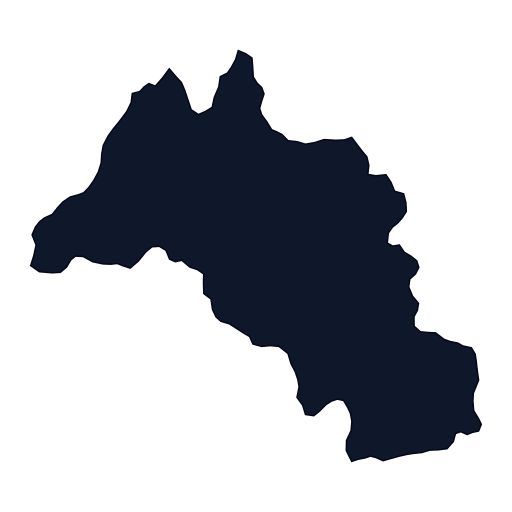 Serra Azul de Minas, Minas Gerais, Brazil (Natural Earth projection)
{"feature_id": "56859067B40983562978217", "entity_name": "Serra Azul de Minas", "entity_type": "district", "adm_level": 2, "iso_a3": "BRA", "parent_name": "Brazil", "parent_adm1": "Minas Gerais", "projection": "natural_earth1", "projection_center": [-43.207, -18.391], "detail": "fine", "context": "isolated", "style": "filled", "palette": "ink", "viewbox_px": 512, "rotation_deg": 0, "n_neighbors": 0, "source": "geoboundaries", "source_scale": "gbopen_adm2", "svg_char_len": 2447}
<svg xmlns="http://www.w3.org/2000/svg" viewBox="0 0 512 512"><path d="M457.8,343.1L450.0,341.5L444.0,339.3L435.6,332.9L427.9,332.5L420.4,331.8L414.1,326.2L414.0,316.6L417.4,310.3L418.5,303.3L412.5,296.1L408.7,287.0L409.8,279.1L415.5,273.9L418.8,267.4L416.7,260.8L411.4,256.5L404.2,252.2L399.4,245.0L392.7,246.1L387.3,243.0L388.3,233.0L392.5,227.1L397.9,222.8L402.4,217.6L406.3,211.5L405.9,202.7L403.6,193.8L394.6,191.2L391.0,182.4L385.9,174.7L376.0,175.8L367.8,174.4L368.8,165.4L366.9,156.9L361.9,150.9L356.8,144.2L351.7,137.4L344.4,139.9L335.7,140.3L324.0,139.6L315.1,142.5L305.4,144.2L297.1,141.7L288.0,140.7L282.1,134.6L276.9,131.9L271.6,129.7L266.8,121.8L261.7,114.8L259.6,108.4L261.3,102.1L264.0,93.9L261.7,87.5L257.2,83.3L253.3,77.0L252.7,67.3L252.0,58.1L246.0,53.9L238.3,50.6L235.6,59.6L231.4,67.3L227.4,73.1L220.3,76.6L218.8,86.9L214.3,97.4L212.2,107.3L205.8,111.3L198.4,114.5L191.2,109.8L187.9,99.9L184.9,90.8L181.5,82.6L175.9,76.6L169.3,68.8L162.7,77.7L155.4,86.1L148.9,83.6L144.1,86.9L139.9,91.5L132.3,93.5L131.2,102.5L126.9,111.3L122.2,117.7L118.2,122.9L113.5,128.6L108.3,135.8L103.3,145.3L101.8,153.7L101.2,162.9L98.4,171.9L93.9,180.3L88.9,187.4L83.8,192.7L78.4,194.8L70.2,197.0L63.1,201.8L58.3,206.9L52.3,214.4L44.7,217.8L39.6,221.7L35.5,227.0L32.1,234.8L36.1,245.0L33.8,255.7L30.7,265.6L39.4,271.7L52.2,272.8L60.4,272.3L66.6,267.0L70.8,259.9L75.4,256.1L83.2,256.5L92.6,261.7L103.0,263.9L110.8,264.2L117.3,263.5L122.7,265.7L130.2,268.1L138.4,261.0L145.5,252.2L151.9,246.8L159.3,246.3L166.0,250.4L169.6,259.2L175.2,261.7L181.8,260.3L189.9,267.1L197.5,269.6L203.7,273.9L203.5,283.0L203.8,293.6L211.0,299.0L212.5,309.5L216.1,317.0L220.9,321.3L229.3,323.8L238.2,329.5L244.5,333.6L249.6,336.5L252.9,344.0L261.7,346.4L270.3,345.6L279.0,346.4L288.0,353.5L291.0,363.7L295.2,371.6L297.9,379.7L299.1,386.7L297.0,397.4L302.7,405.2L305.5,414.5L313.8,415.7L319.5,411.1L326.1,404.5L331.2,401.2L337.3,399.1L343.6,400.5L347.8,407.6L350.5,413.6L351.9,421.4L351.1,430.6L346.5,440.5L346.3,450.5L351.7,461.4L357.9,459.3L365.1,457.9L370.5,456.1L376.2,457.6L383.1,460.7L390.4,458.6L399.4,456.1L407.4,454.3L413.4,453.4L421.8,452.5L430.0,450.1L438.0,449.8L447.0,448.7L453.3,441.6L455.5,433.5L460.8,431.7L467.1,434.5L472.3,432.4L478.6,431.0L481.3,424.3L478.5,418.6L473.7,410.7L472.9,401.2L473.3,393.2L475.8,387.1L478.6,380.1L477.3,370.9L476.1,360.5L475.2,354.2L471.4,347.8L462.9,346.0L457.8,343.1Z" fill="#0f172a" stroke="#020617" stroke-width="1.5"/></svg>